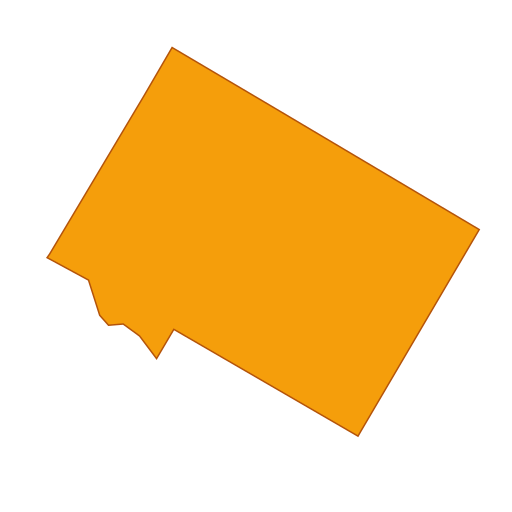 Putnam, Indiana, United States of America (Robinson projection), rotated 120°
{"feature_id": "52423323B73870752554763", "entity_name": "Putnam", "entity_type": "district", "adm_level": 2, "iso_a3": "USA", "parent_name": "United States of America", "parent_adm1": "Indiana", "projection": "robinson", "projection_center": [-86.774, 39.668], "detail": "fine", "context": "isolated", "style": "filled", "palette": "amber", "viewbox_px": 512, "rotation_deg": 120, "n_neighbors": 0, "source": "geoboundaries", "source_scale": "gbopen_adm2", "svg_char_len": 360}
<svg xmlns="http://www.w3.org/2000/svg" viewBox="0 0 512 512"><g transform="rotate(120 256 256)"><path d="M118.6,313.8L117.4,432.9L172.9,433.1L357.5,435.7L361.9,436.1L360.6,389.0L385.5,361.7L389.7,349.1L381.3,337.0L383.5,316.8L394.6,290.8L360.6,290.5L361.0,77.6L354.8,77.6L121.5,75.9L118.6,313.8Z" fill="#f59e0b" stroke="#b45309" stroke-width="1.5"/></g></svg>